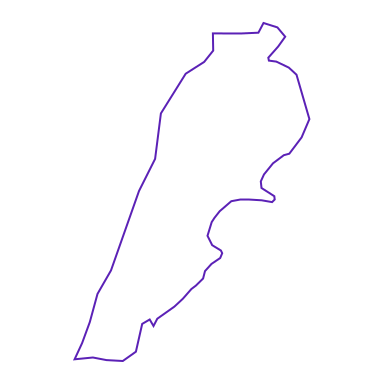 map outline of Lebanon (Equal Earth projection)
{"feature_id": "LBN", "entity_name": "Lebanon", "entity_type": "country or territory", "adm_level": 0, "iso_a3": "LBN", "parent_name": "Asia", "parent_adm1": "", "projection": "equal_earth", "projection_center": [35.971, 33.877], "detail": "fine", "context": "isolated", "style": "outline", "palette": "violet", "viewbox_px": 384, "rotation_deg": 0, "n_neighbors": 0, "source": "natural_earth", "source_scale": "50m", "svg_char_len": 850}
<svg xmlns="http://www.w3.org/2000/svg" viewBox="0 0 384 384"><path d="M212.9,33.4L240.6,33.5L258.4,32.7L263.5,23.0L277.4,27.4L285.2,36.7L278.2,46.5L268.3,57.7L268.9,60.6L276.3,61.6L288.8,67.6L296.5,74.7L309.4,119.1L301.6,137.4L289.3,153.7L283.8,155.2L273.0,163.3L264.0,174.4L260.8,181.4L261.5,188.0L274.3,196.2L274.7,199.5L272.1,202.1L261.7,200.3L248.4,199.5L240.5,199.5L231.3,201.2L219.7,211.2L214.5,217.8L211.7,222.1L207.5,235.8L212.2,245.2L220.9,250.5L222.2,253.2L220.2,258.0L211.5,263.9L205.0,271.1L203.1,278.5L195.9,285.6L191.4,289.0L182.9,298.7L174.4,306.6L157.3,318.7L153.5,326.0L149.7,319.5L142.2,323.9L135.9,351.7L122.8,361.0L106.5,360.1L92.9,357.5L74.6,359.3L82.1,343.1L89.8,322.1L97.5,293.9L111.0,270.4L139.0,191.0L155.1,158.9L160.9,113.4L185.7,73.7L204.2,61.9L213.2,50.6L212.9,33.4Z" fill="none" stroke="#5b21b6" stroke-width="2"/></svg>